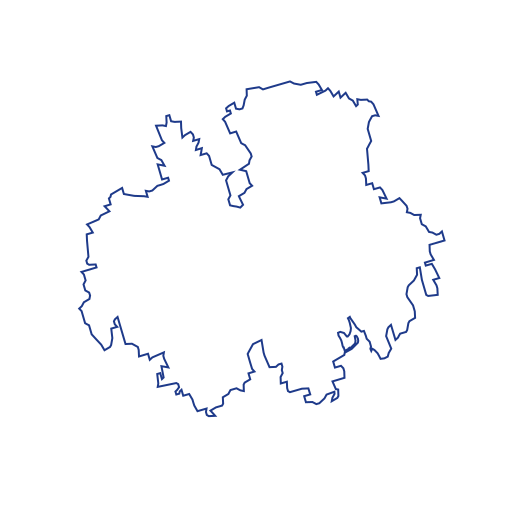 outline of Utsira nor, Norway, rotated 342°
{"feature_id": "86288312B95647148503835", "entity_name": "Utsira nor", "entity_type": "district", "adm_level": 2, "iso_a3": "NOR", "parent_name": "Norway", "parent_adm1": "", "projection": "albers", "projection_center": [4.885, 59.307], "detail": "fine", "context": "isolated", "style": "outline", "palette": "blue", "viewbox_px": 512, "rotation_deg": 342, "n_neighbors": 0, "source": "geoboundaries", "source_scale": "gbopen_adm2", "svg_char_len": 5530}
<svg xmlns="http://www.w3.org/2000/svg" viewBox="0 0 512 512"><g transform="rotate(342 256 256)"><path d="M216.9,101.6L217.1,95.3L213.9,95.2L212.2,101.5L210.5,104.6L207.5,102.9L201.2,101.2L202.3,116.9L203.8,120.1L197.5,121.5L194.4,121.4L191.3,119.7L192.5,132.3L194.0,133.9L195.6,135.5L196.9,141.9L193.9,140.2L190.8,138.5L190.3,154.2L196.6,154.4L196.5,157.5L190.2,158.9L187.1,158.9L183.9,158.8L177.6,161.7L174.4,161.6L171.4,160.0L171.2,166.2L168.1,164.6L158.8,161.2L152.6,157.9L149.5,156.2L149.7,149.9L143.4,151.3L137.1,152.7L135.9,154.8L133.9,155.8L133.7,162.0L127.4,161.9L128.9,165.0L130.4,168.2L120.9,169.5L117.7,172.6L105.1,173.8L106.6,177.0L108.0,183.3L101.7,183.1L100.0,189.3L96.4,205.0L93.2,208.0L93.1,211.1L94.6,212.8L100.9,214.5L100.8,217.6L85.1,217.2L86.6,220.4L86.4,226.6L83.2,229.7L83.0,236.0L84.5,237.6L86.0,239.2L86.0,242.3L84.3,245.4L78.0,246.8L74.8,249.9L71.6,251.4L73.1,254.5L72.8,263.9L72.7,267.1L74.2,268.7L75.8,270.3L75.6,276.6L75.5,279.7L78.4,286.1L81.4,292.5L82.8,298.8L89.1,297.4L90.7,295.9L94.0,289.7L95.9,280.3L102.1,280.5L100.6,277.3L100.7,274.2L102.3,272.6L105.5,271.2L104.7,299.4L110.9,301.1L112.5,302.8L114.0,304.4L115.5,306.0L115.4,309.1L113.7,315.4L123.1,315.6L122.9,321.9L126.1,320.4L138.6,319.2L137.0,322.3L136.9,325.4L138.2,334.9L135.1,333.2L132.0,331.6L130.6,343.0L128.5,344.0L128.7,337.8L125.6,337.7L123.7,347.0L122.1,350.1L140.9,352.2L142.4,353.8L142.3,357.0L139.6,359.0L137.5,360.0L137.4,363.1L140.5,363.2L141.7,361.2L143.8,360.2L143.6,366.4L149.8,366.6L151.2,372.9L151.1,376.1L151.1,379.2L152.4,385.5L161.8,385.8L160.2,388.9L160.1,392.0L161.6,393.7L167.8,395.4L166.4,392.2L164.9,389.0L171.2,387.6L174.3,387.7L177.5,387.8L179.1,386.3L180.8,380.1L187.1,378.7L188.7,377.1L190.3,375.6L196.6,375.8L198.1,377.4L199.7,379.0L202.7,380.7L204.5,374.5L206.1,372.9L212.4,371.5L212.6,365.3L218.8,365.4L217.4,362.2L217.5,356.0L217.6,352.8L217.8,346.6L219.4,345.0L221.0,343.5L222.6,342.0L224.2,340.5L225.9,338.9L235.3,337.6L233.4,350.1L233.3,353.3L234.5,365.9L240.7,367.6L243.9,366.1L247.0,366.2L246.9,369.4L245.3,372.5L245.2,375.6L242.0,378.7L240.2,384.9L246.5,385.1L244.8,391.3L244.7,394.4L246.2,396.0L252.5,396.2L258.7,396.4L264.9,398.1L264.8,404.4L258.5,404.2L258.3,410.5L264.5,412.3L266.1,413.9L267.6,415.5L270.7,415.6L277.1,412.6L278.7,411.1L280.3,409.6L288.6,409.3L288.1,411.4L284.9,414.4L283.2,417.5L289.5,416.1L291.1,414.6L292.9,408.4L290.8,407.2L290.0,398.9L302.5,399.2L304.3,393.0L304.4,389.8L302.9,386.7L296.6,386.5L296.8,380.2L303.1,378.8L309.4,377.4L310.5,375.4L318.3,373.9L326.1,369.9L327.0,368.3L327.4,366.1L327.0,363.6L326.4,362.7L325.1,362.8L324.5,367.3L323.2,369.8L317.4,372.7L316.8,372.1L315.5,372.5L315.1,373.0L311.1,373.6L311.2,370.1L310.8,370.0L310.6,368.2L310.9,365.4L311.0,362.7L310.6,360.0L309.9,357.2L310.3,354.4L312.7,354.2L315.9,356.4L317.5,360.6L318.3,360.9L320.7,359.4L322.8,356.6L324.0,353.9L324.5,348.6L324.5,345.6L324.2,343.6L326.4,342.9L326.5,344.1L328.8,351.7L329.4,354.8L331.0,357.4L332.8,360.5L335.5,360.6L335.8,365.9L335.7,368.9L337.6,372.6L337.4,377.6L336.1,379.6L336.3,381.9L337.9,380.1L339.6,382.0L341.6,386.1L342.2,389.2L342.7,392.3L346.5,393.0L350.2,392.4L352.3,389.2L356.0,385.9L355.0,372.4L358.3,366.3L359.9,364.7L363.1,363.2L362.7,378.9L365.8,377.5L367.4,375.9L369.1,374.4L372.2,374.5L375.3,374.6L376.9,373.1L380.2,366.9L381.8,365.4L388.2,364.0L389.9,357.7L390.1,351.5L387.2,341.9L387.3,338.8L390.6,332.6L392.2,331.1L398.6,328.1L400.2,326.6L401.8,325.1L403.4,323.6L405.1,317.3L408.3,317.4L406.4,329.9L405.9,345.6L407.4,347.2L416.8,349.1L418.5,342.8L418.6,339.7L417.2,333.4L423.5,333.6L422.2,324.1L420.8,317.8L414.5,317.6L414.6,314.5L424.0,314.7L422.6,308.4L422.7,305.3L424.5,299.0L440.1,299.5L440.4,290.1L437.2,291.6L434.1,291.5L431.0,288.2L428.0,286.6L426.6,280.3L423.5,277.0L423.7,270.8L425.4,267.7L419.1,265.9L416.1,262.7L413.0,261.0L414.7,257.9L414.7,254.8L411.8,248.4L410.3,245.3L404.0,246.7L400.9,246.6L391.5,244.7L391.7,238.4L394.8,240.1L397.9,241.8L396.6,232.3L395.1,229.1L388.8,228.9L389.0,222.7L382.8,222.5L384.5,216.3L384.6,213.1L383.1,209.9L389.4,210.1L391.1,203.9L394.7,188.3L396.3,186.8L397.9,185.2L399.5,183.7L401.1,182.2L401.3,175.9L401.5,169.6L404.8,163.5L406.4,161.9L408.0,160.4L409.6,158.9L412.8,159.0L415.8,160.6L414.6,148.0L413.2,144.8L411.1,143.7L410.1,141.6L403.9,139.9L400.8,138.2L399.6,143.4L397.5,144.4L396.1,138.1L393.1,134.9L391.7,128.5L388.5,130.0L385.3,131.5L385.5,125.2L382.3,126.7L379.1,128.2L377.7,121.9L376.3,118.7L373.1,120.2L363.7,121.5L363.8,118.3L370.0,118.5L368.6,112.2L367.1,109.0L357.8,107.2L354.7,107.1L351.5,107.0L345.4,103.7L342.3,100.5L320.4,99.8L314.1,99.7L311.1,96.4L298.6,94.5L296.8,100.7L293.6,103.8L290.8,108.9L288.7,111.5L285.6,111.4L282.5,109.7L282.7,103.5L276.4,104.9L273.2,106.3L273.1,109.5L276.2,109.6L276.1,112.7L269.8,114.1L266.7,115.6L268.1,118.8L269.3,131.4L275.6,131.5L276.8,144.1L278.3,145.7L279.9,147.3L282.7,156.9L282.6,160.0L279.4,163.0L277.8,166.1L267.4,169.0L272.9,172.3L272.8,175.4L272.5,184.8L274.0,188.0L267.7,189.4L264.5,192.4L258.2,193.8L258.4,195.6L259.5,203.3L256.0,205.1L252.8,203.0L249.8,201.5L247.0,199.8L247.2,193.5L248.8,192.0L250.4,190.5L250.5,187.3L250.6,184.2L250.7,181.1L250.9,174.8L252.5,173.3L254.1,171.7L259.4,169.2L249.5,168.5L248.1,162.2L245.0,158.9L242.0,155.7L242.2,149.4L242.3,146.3L240.8,143.1L234.5,142.9L236.2,139.8L237.8,136.7L231.6,136.6L233.2,133.5L234.8,132.0L236.4,130.4L238.1,127.3L231.8,127.1L233.5,124.1L233.6,120.9L232.1,117.7L225.8,119.1L222.6,120.6L224.4,111.2L226.2,105.0L220.0,103.3L216.9,101.6Z" fill="none" stroke="#1e3a8a" stroke-width="2"/></g></svg>